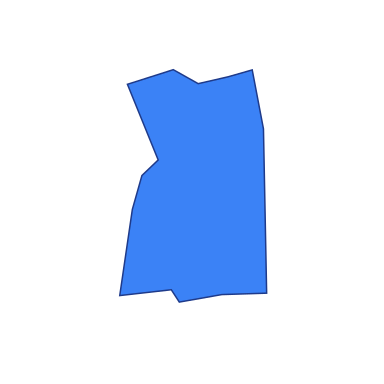 outline of Saint Thomas Middle Island, rotated 237°
{"feature_id": "KNA-5111", "entity_name": "Saint Thomas Middle Island", "entity_type": "Parish", "adm_level": 1, "iso_a3": "KNA", "parent_name": "Saint Kitts and Nevis", "parent_adm1": "", "projection": "orthographic", "projection_center": [-62.788, 17.332], "detail": "fine", "context": "isolated", "style": "filled", "palette": "blue", "viewbox_px": 384, "rotation_deg": 237, "n_neighbors": 0, "source": "natural_earth", "source_scale": "10m", "svg_char_len": 348}
<svg xmlns="http://www.w3.org/2000/svg" viewBox="0 0 384 384"><g transform="rotate(237 192 192)"><path d="M261.6,309.0L206.0,286.3L66.5,199.5L89.7,161.2L106.6,121.4L121.3,121.4L144.5,75.0L209.9,132.5L233.1,159.0L237.3,181.1L317.5,196.5L304.8,242.9L279.5,256.2L269.0,284.9L261.6,309.0Z" fill="#3b82f6" stroke="#1e3a8a" stroke-width="1.5"/></g></svg>